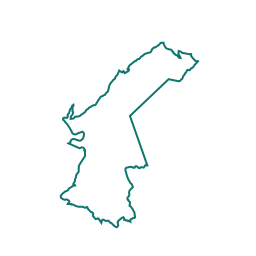 the district of San Lorenzo Victoria, Oaxaca, Mexico, rotated 216°
{"feature_id": "50627088B509896557261", "entity_name": "San Lorenzo Victoria", "entity_type": "district", "adm_level": 2, "iso_a3": "MEX", "parent_name": "Mexico", "parent_adm1": "Oaxaca", "projection": "natural_earth1", "projection_center": [-98.123, 17.625], "detail": "fine", "context": "isolated", "style": "outline", "palette": "teal", "viewbox_px": 256, "rotation_deg": 216, "n_neighbors": 0, "source": "geoboundaries", "source_scale": "gbopen_adm2", "svg_char_len": 5791}
<svg xmlns="http://www.w3.org/2000/svg" viewBox="0 0 256 256"><g transform="rotate(216 128 128)"><path d="M132.1,31.1L131.1,31.7L130.7,32.5L129.7,32.5L129.1,33.2L128.4,33.0L127.7,33.7L124.9,34.1L123.0,34.7L120.9,35.7L120.0,36.5L118.4,37.6L117.2,37.9L116.1,38.1L115.5,38.7L115.0,39.5L115.0,39.8L114.6,40.0L114.3,40.0L114.0,39.8L113.8,39.4L113.5,39.3L113.0,39.2L112.6,38.9L112.1,38.9L110.7,38.6L109.5,38.4L109.1,38.3L108.7,38.4L108.3,38.4L108.1,38.3L107.0,38.8L105.8,38.2L105.5,37.8L105.4,37.1L105.0,36.9L104.5,36.2L103.9,36.1L103.6,35.9L102.9,35.9L102.0,35.5L101.2,35.4L100.8,35.3L100.6,35.3L100.3,35.6L99.6,36.4L99.4,37.1L98.7,37.4L96.0,36.4L93.8,35.6L94.3,36.8L94.7,37.3L94.9,37.8L94.7,38.6L94.5,39.1L93.8,39.4L93.0,39.6L91.8,39.6L90.8,40.1L90.6,40.5L89.5,41.4L88.8,41.5L87.6,41.2L87.2,40.9L85.4,41.3L82.0,40.8L80.2,40.7L78.8,41.1L78.5,42.2L78.7,43.4L79.3,44.2L80.5,45.1L81.0,45.7L81.2,46.4L81.2,47.4L80.7,49.7L80.5,50.2L80.2,51.3L80.0,52.1L79.3,53.1L77.5,52.3L77.1,51.5L76.0,52.1L75.2,52.0L74.1,52.9L73.1,52.7L72.7,53.5L71.8,53.6L71.0,53.6L71.9,54.7L72.2,55.7L71.4,57.0L70.9,58.3L69.9,59.0L69.8,59.8L70.6,60.8L71.1,61.1L71.6,61.8L73.2,63.5L74.3,63.8L76.1,64.9L79.0,65.9L79.4,66.0L80.1,66.0L80.7,65.9L81.2,66.1L81.6,67.1L82.3,68.6L83.0,69.2L84.4,69.3L85.5,70.1L86.0,69.8L86.5,70.1L87.0,70.5L87.3,71.0L87.4,72.4L87.2,73.3L87.6,74.6L88.3,75.6L88.9,76.0L89.4,76.8L89.9,78.0L89.9,79.4L89.7,80.8L89.3,82.6L89.4,83.2L89.9,83.5L90.5,83.7L91.0,84.2L91.5,84.6L92.2,84.8L93.6,84.8L94.3,85.2L96.4,86.1L98.1,86.9L101.6,89.3L102.3,90.0L103.9,91.3L105.1,92.1L105.5,92.6L106.0,93.4L106.1,94.0L106.1,94.6L104.4,96.8L103.3,97.9L102.4,98.6L101.6,98.8L100.9,98.8L100.3,99.0L99.6,99.5L99.3,100.0L99.7,100.6L99.2,101.6L98.4,102.2L97.2,102.1L96.1,101.9L95.1,102.2L94.6,103.1L94.6,103.8L94.2,104.2L92.5,104.9L92.0,105.3L92.0,106.2L92.2,107.4L92.0,108.1L91.5,108.6L90.9,108.5L90.4,109.1L133.5,138.9L123.8,191.4L114.3,195.7L113.5,197.0L113.5,198.4L113.3,199.3L113.0,199.9L113.5,201.3L113.7,201.8L113.8,202.3L113.8,203.2L113.6,204.0L113.6,204.7L114.0,205.3L114.0,205.5L113.7,207.2L113.9,208.3L114.2,209.1L114.2,209.6L114.0,210.0L113.6,210.3L113.2,210.5L112.7,210.5L112.1,211.0L111.9,211.8L112.1,212.5L112.1,213.1L111.2,214.8L111.1,215.6L111.1,216.6L111.2,217.6L111.1,218.8L110.8,220.8L110.6,223.2L110.9,223.2L111.1,222.7L111.9,222.2L112.9,221.9L114.8,222.3L115.6,222.4L117.0,222.7L119.5,223.5L120.0,224.6L120.2,224.8L120.5,224.9L121.5,223.9L122.0,223.6L122.4,223.5L123.2,223.1L124.5,222.5L127.3,221.1L128.3,220.7L129.0,220.6L129.7,220.8L130.5,220.7L131.1,220.4L132.2,220.1L131.2,218.1L130.5,217.6L129.2,216.8L127.4,216.1L127.2,215.7L126.7,215.4L127.2,215.1L128.5,214.9L129.4,215.3L131.2,215.6L131.9,215.4L132.3,215.2L133.6,215.3L135.0,215.2L135.9,216.1L136.5,216.1L137.0,215.9L137.8,216.5L138.6,216.7L139.9,216.4L140.8,215.8L142.1,215.5L143.4,215.0L144.7,215.1L145.9,215.6L147.7,216.5L148.4,216.9L149.4,217.9L150.5,216.9L151.4,216.4L151.6,215.8L151.8,213.8L152.0,213.2L152.0,212.8L152.4,212.0L152.6,211.1L152.8,210.6L153.1,209.7L153.4,209.0L154.3,208.5L154.7,206.3L154.8,205.1L154.3,204.1L154.3,203.0L154.6,202.0L155.5,201.0L156.3,200.2L156.9,199.2L158.1,197.5L158.3,196.6L158.4,195.5L158.8,194.7L159.3,193.3L159.4,191.7L159.4,190.5L159.7,190.1L160.3,189.8L160.8,188.9L161.0,187.2L161.7,186.4L161.9,185.2L162.7,183.0L162.8,182.0L163.5,180.1L163.5,178.0L163.0,177.0L163.1,176.4L163.1,175.6L162.6,175.2L162.0,175.2L161.5,175.7L161.2,175.1L161.3,173.6L161.8,173.1L162.1,172.2L162.1,171.9L162.9,170.6L163.3,171.0L163.8,171.1L165.2,171.3L165.5,170.2L165.1,169.9L165.4,169.5L166.1,169.5L166.7,169.3L167.3,169.4L167.9,169.2L168.8,169.3L168.1,166.1L167.9,164.8L167.9,164.2L168.2,162.6L167.9,161.0L167.6,160.4L167.6,159.8L167.9,159.3L168.2,158.4L168.1,157.6L168.4,154.9L168.3,152.7L167.6,149.9L166.7,148.4L166.6,148.0L166.6,147.6L165.8,146.3L165.8,145.3L166.3,143.2L166.3,142.5L166.1,141.6L166.2,141.1L166.7,140.5L167.5,138.7L168.4,137.3L168.3,135.1L168.4,133.4L168.2,131.5L167.9,128.0L168.0,127.3L168.5,126.7L169.2,126.3L169.8,125.1L170.6,123.1L171.5,121.6L171.5,120.0L172.2,118.7L172.3,117.6L172.1,116.3L172.1,115.6L172.5,114.9L172.5,114.2L172.9,113.0L173.5,111.8L174.0,109.5L174.5,108.7L175.6,107.5L176.4,106.9L177.0,106.5L177.5,105.9L177.5,104.6L177.7,103.9L177.9,103.3L178.8,102.6L179.7,101.6L180.8,103.4L181.0,104.3L180.8,106.3L181.6,108.5L182.2,108.5L182.8,108.8L183.5,110.2L184.1,110.7L184.4,111.1L184.8,111.8L185.1,112.7L185.4,114.4L185.8,114.7L186.2,112.9L185.8,112.1L185.7,111.3L185.6,110.6L185.8,109.5L185.5,108.1L184.4,105.2L184.7,104.3L184.5,103.5L184.3,102.6L183.5,102.1L183.2,101.0L183.3,100.3L183.9,100.1L184.7,99.4L185.3,99.2L186.2,98.1L185.4,96.5L184.1,96.5L183.3,96.3L182.0,95.8L180.6,95.6L178.8,95.1L176.1,94.1L175.5,93.9L174.5,93.5L173.3,92.8L171.7,92.2L170.3,91.2L168.9,91.1L167.6,91.4L166.7,91.9L165.9,93.0L165.7,93.9L165.4,94.3L164.8,95.2L164.4,95.7L162.9,98.1L162.2,98.2L160.9,97.9L159.8,97.1L158.6,94.5L158.3,93.2L158.4,91.5L158.8,90.6L159.0,89.9L159.8,89.2L160.8,88.8L164.8,87.6L165.6,87.1L166.2,86.6L166.6,85.8L166.8,84.8L166.8,83.8L166.2,82.5L167.1,80.6L155.4,83.1L155.0,83.5L154.2,85.1L152.7,85.7L151.6,85.6L150.0,85.0L150.1,84.2L149.5,84.4L146.3,80.1L145.8,71.0L145.4,68.3L144.9,67.5L144.4,67.0L143.6,65.4L143.0,64.7L142.6,64.3L142.4,63.9L142.1,63.0L142.1,62.8L142.3,61.9L142.4,61.0L142.3,60.4L141.9,58.6L141.2,57.4L141.0,57.2L140.9,56.6L140.8,55.7L140.6,55.2L139.8,54.0L139.6,53.0L139.5,51.7L139.3,50.4L138.8,50.3L138.4,50.4L137.4,50.6L137.0,50.4L138.2,49.3L140.2,44.4L140.1,43.2L140.1,42.1L140.7,40.8L141.6,39.6L141.9,38.2L142.3,36.8L142.6,34.1L142.4,33.3L142.0,32.8L141.4,32.4L140.7,32.2L140.0,32.1L139.7,32.2L138.9,32.2L138.3,32.3L136.8,32.9L136.3,33.3L136.1,33.8L135.6,34.2L133.2,34.5L132.2,34.0L132.1,33.1L132.2,31.8L132.1,31.1Z" fill="none" stroke="#0f766e" stroke-width="2"/></g></svg>